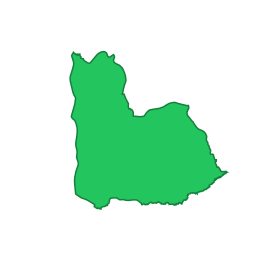 the district of Sanom, Surin, Thailand, rotated 337°
{"feature_id": "78962969B59792797819888", "entity_name": "Sanom", "entity_type": "district", "adm_level": 2, "iso_a3": "THA", "parent_name": "Thailand", "parent_adm1": "Surin", "projection": "orthographic", "projection_center": [103.803, 15.196], "detail": "fine", "context": "isolated", "style": "filled", "palette": "green", "viewbox_px": 256, "rotation_deg": 337, "n_neighbors": 0, "source": "geoboundaries", "source_scale": "gbopen_adm2", "svg_char_len": 5932}
<svg xmlns="http://www.w3.org/2000/svg" viewBox="0 0 256 256"><g transform="rotate(337 128 128)"><path d="M71.6,192.0L71.9,191.1L72.2,190.8L72.7,190.7L74.2,190.6L75.9,191.1L77.2,191.0L77.9,190.7L78.2,191.1L78.8,191.2L79.1,190.9L79.2,190.3L79.6,189.9L79.9,189.8L80.7,189.9L81.8,188.8L83.5,186.2L84.2,186.0L85.6,186.1L89.0,187.3L89.6,187.7L90.5,188.3L92.2,190.7L93.7,191.4L95.6,192.0L97.7,193.6L98.9,194.3L100.0,194.8L105.3,196.4L107.2,197.3L108.0,197.8L109.1,199.3L110.8,202.5L110.9,203.0L110.7,203.8L110.8,204.1L112.8,204.0L113.3,204.3L113.5,204.7L113.5,205.0L114.0,205.4L114.4,205.3L115.1,205.7L115.6,205.5L115.9,206.0L116.7,206.2L117.9,205.5L118.8,205.5L119.4,205.2L119.9,205.3L120.5,205.7L120.7,206.1L120.8,206.5L121.7,207.0L123.2,207.3L123.9,207.7L124.2,207.8L124.8,208.3L125.4,208.3L126.0,207.8L126.7,208.0L127.4,207.9L127.7,208.6L128.2,209.1L128.3,209.5L128.9,209.9L128.8,210.2L128.8,210.8L129.4,211.2L130.2,211.2L130.5,211.4L130.7,211.9L132.8,212.7L133.0,212.6L133.7,211.6L134.3,211.8L134.7,212.1L135.0,211.9L135.6,212.1L135.7,212.9L136.3,213.9L136.2,214.2L136.5,214.1L136.6,214.4L138.5,215.4L139.9,215.7L140.0,215.8L140.2,216.6L140.7,216.4L141.0,216.7L140.8,217.1L140.9,217.3L141.1,217.3L141.4,217.0L142.1,217.4L142.2,217.0L142.7,216.9L142.8,216.4L143.1,216.6L143.3,217.2L144.2,217.1L144.4,217.2L144.4,217.5L144.6,217.6L145.7,216.5L146.0,216.9L146.5,216.9L146.6,217.5L147.3,217.5L147.4,217.9L147.4,218.3L147.7,218.4L147.6,218.8L147.8,219.0L148.0,218.9L148.2,218.3L148.4,218.0L149.0,217.9L149.8,217.1L151.2,216.1L151.7,216.1L152.2,216.7L153.0,217.0L153.4,216.6L153.8,216.7L153.8,216.2L154.7,216.3L155.3,215.9L155.5,215.5L155.9,215.4L156.0,214.2L156.3,213.2L156.5,213.2L156.7,213.4L157.1,213.3L156.9,212.8L157.1,212.6L157.4,212.9L158.3,212.5L158.9,212.6L159.2,212.7L159.5,212.5L159.9,212.7L160.2,212.4L161.8,212.7L162.1,213.2L162.5,213.0L163.4,213.6L163.6,214.0L164.1,214.2L164.4,214.1L164.4,214.9L164.6,214.9L165.0,214.5L165.4,214.7L165.6,215.0L165.9,215.0L166.0,215.5L166.3,215.0L166.9,214.8L167.3,214.4L167.6,214.4L168.0,214.7L168.6,214.6L169.1,214.7L169.7,214.4L170.3,215.0L170.5,214.8L171.1,215.1L171.9,215.1L172.2,215.0L173.0,215.3L173.5,214.7L174.2,214.9L174.5,214.6L175.1,214.6L175.4,214.8L175.6,214.7L175.9,215.0L176.1,214.7L176.6,214.8L176.8,214.6L177.3,214.6L177.6,214.4L177.9,214.6L178.4,214.3L178.9,214.3L178.8,214.0L178.9,213.8L180.4,213.9L180.3,212.8L180.5,212.4L181.4,212.4L181.7,212.2L182.8,212.4L183.1,212.1L183.4,212.3L183.7,212.4L184.1,212.1L184.4,211.6L184.9,211.5L185.3,211.8L185.8,211.7L186.9,210.4L187.2,210.3L187.1,209.8L187.8,209.6L187.7,209.3L187.8,209.1L188.2,209.4L188.3,209.8L188.5,209.6L189.0,209.8L189.1,209.0L189.7,209.1L190.5,209.4L190.9,208.8L191.1,208.8L191.6,209.2L192.0,208.8L192.5,209.2L192.9,208.6L193.1,208.7L193.1,209.6L193.5,209.5L193.5,208.8L193.6,208.7L194.1,208.9L194.5,209.4L195.4,209.1L196.4,208.5L196.8,208.5L196.8,208.0L197.1,207.9L197.4,207.9L197.4,208.3L197.6,208.5L197.8,208.4L197.9,207.9L198.9,208.0L199.1,207.5L200.2,208.0L200.3,207.4L200.8,207.6L201.3,207.4L201.4,206.9L201.9,207.2L201.6,206.5L201.3,206.3L198.7,205.4L197.3,204.7L197.0,204.6L197.0,204.3L196.3,203.7L196.5,202.9L196.6,202.1L196.3,201.2L196.0,199.3L195.3,199.2L194.6,198.8L194.9,197.2L194.9,196.1L194.6,195.3L195.2,193.1L195.3,192.9L196.1,193.2L196.4,192.9L196.9,191.7L195.5,191.0L195.9,187.0L196.2,186.0L195.5,185.1L195.1,185.0L193.9,184.5L193.8,184.0L194.1,182.8L194.5,182.4L195.1,181.4L195.4,180.4L195.3,180.0L195.2,178.4L195.5,175.5L195.2,175.0L195.1,174.3L195.3,173.7L195.7,173.0L195.8,172.5L195.4,171.1L195.4,170.4L195.8,168.7L196.8,167.2L197.2,166.3L197.1,164.7L197.3,164.0L196.6,161.3L194.9,159.0L193.0,157.2L192.2,156.0L191.4,154.1L191.0,152.2L190.5,150.7L190.3,148.0L189.5,146.2L188.5,142.2L187.9,140.6L187.8,139.9L187.8,138.8L188.3,136.5L188.7,136.1L189.1,136.1L189.6,135.2L190.0,134.8L190.6,134.6L190.7,134.3L191.5,133.8L191.7,133.3L191.7,132.8L192.1,132.4L192.4,130.9L191.0,130.4L184.2,125.4L181.4,123.0L180.1,122.3L176.5,121.6L175.4,121.5L173.1,121.7L169.2,122.4L164.7,122.2L156.3,120.1L154.6,119.9L152.4,120.5L150.6,121.4L147.7,123.3L146.6,123.2L143.8,122.5L137.5,119.1L139.0,115.5L139.0,114.3L138.8,113.6L138.7,112.4L137.8,112.2L137.5,111.0L136.3,110.6L136.5,108.9L136.8,107.9L137.9,105.8L137.4,100.2L137.6,95.4L137.5,95.1L135.9,94.8L135.8,94.6L137.1,93.2L138.8,90.6L141.5,87.1L144.5,83.8L145.0,82.6L145.8,79.7L146.3,76.4L146.3,72.1L146.1,70.4L145.4,68.5L144.5,66.8L142.1,64.1L141.2,62.8L140.9,62.1L140.9,61.4L141.0,60.4L141.7,59.2L143.1,57.7L143.3,57.3L143.5,56.6L143.4,54.9L142.5,54.9L139.6,55.5L138.7,55.5L138.1,55.3L137.7,54.8L137.4,54.2L137.6,51.0L137.4,50.2L137.0,49.4L136.3,48.7L135.3,48.1L134.3,47.8L133.1,47.6L130.8,47.7L128.7,48.2L127.0,49.0L119.9,52.7L118.2,53.3L117.6,53.3L117.3,53.2L116.2,52.1L114.3,49.3L113.9,48.3L113.7,47.7L113.9,47.2L113.9,46.7L113.4,46.5L113.2,46.3L112.4,45.8L111.8,45.0L112.1,44.8L112.2,44.2L112.5,43.9L112.4,43.4L112.0,42.7L112.6,41.2L111.6,40.8L111.3,41.0L111.1,40.9L110.9,41.4L110.4,41.5L110.1,41.0L110.3,40.7L110.2,40.3L109.9,40.0L109.3,40.3L109.2,40.1L108.9,40.1L108.4,39.0L107.9,38.7L108.0,38.3L107.5,37.7L107.4,37.0L107.2,37.1L107.2,37.4L106.9,37.4L106.8,37.7L105.0,38.7L104.5,39.4L104.3,39.9L104.1,41.7L103.8,44.9L103.4,47.0L102.8,48.3L101.6,50.0L98.5,53.9L94.9,58.1L94.0,60.0L93.2,62.3L91.3,73.5L91.1,76.4L91.5,79.0L91.5,79.6L91.2,80.5L88.4,85.2L81.7,93.5L80.5,95.1L80.3,95.5L80.3,96.1L80.6,97.7L81.9,100.1L82.0,103.1L81.3,107.8L79.8,111.6L78.1,114.9L74.5,120.7L73.5,122.8L73.1,124.0L72.1,129.3L71.3,131.2L69.2,134.9L68.7,140.1L68.2,141.6L67.7,142.5L63.1,147.7L59.6,152.8L58.3,155.4L57.7,156.9L55.8,162.7L54.1,168.2L54.7,169.5L57.7,174.0L61.3,177.3L62.8,179.0L66.9,184.8L67.4,185.8L67.0,186.0L66.6,186.5L66.6,186.9L66.3,187.1L66.2,187.3L67.1,188.1L67.4,189.1L68.0,189.6L68.1,190.0L68.7,190.3L69.3,190.0L69.7,190.2L69.7,190.4L70.1,190.6L70.2,191.1L70.7,191.3L70.8,191.7L71.6,192.0Z" fill="#22c55e" stroke="#15803d" stroke-width="1.5"/></g></svg>